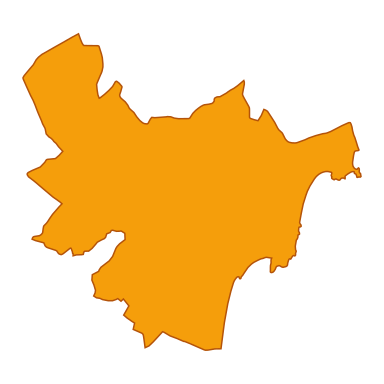 outline of Hoang Mai, Nghệ An, Vietnam
{"feature_id": "81297802B46675680885513", "entity_name": "Hoang Mai", "entity_type": "district", "adm_level": 2, "iso_a3": "VNM", "parent_name": "Vietnam", "parent_adm1": "Nghệ An", "projection": "mercator", "projection_center": [105.717, 19.266], "detail": "fine", "context": "isolated", "style": "filled", "palette": "amber", "viewbox_px": 384, "rotation_deg": 0, "n_neighbors": 0, "source": "geoboundaries", "source_scale": "gbopen_adm2", "svg_char_len": 5922}
<svg xmlns="http://www.w3.org/2000/svg" viewBox="0 0 384 384"><path d="M359.0,150.0L357.7,146.7L356.5,142.7L354.8,137.4L353.8,135.2L352.6,130.8L352.0,127.1L351.1,124.2L350.3,122.7L349.9,122.6L349.0,122.6L347.9,123.0L342.1,125.6L330.7,131.5L327.2,132.9L325.7,133.3L322.8,133.7L315.8,135.6L308.8,138.0L305.0,139.8L297.5,142.5L296.5,142.8L294.9,143.0L293.4,142.9L292.2,142.9L289.3,142.3L288.0,141.7L286.7,140.6L285.2,138.8L282.6,133.6L281.9,132.6L281.3,132.1L278.8,129.8L277.7,128.2L274.7,122.4L271.5,117.4L267.5,111.3L266.6,110.7L266.0,110.3L264.9,109.8L263.9,109.4L261.3,115.5L258.7,119.6L258.0,120.7L254.2,119.7L250.6,118.5L249.9,118.0L249.6,117.6L249.5,116.7L249.5,109.7L249.4,108.0L248.8,106.5L244.5,98.8L243.2,96.3L242.6,94.9L242.5,93.8L244.3,84.3L244.3,82.0L243.8,80.5L237.6,85.7L233.8,88.4L230.4,90.2L229.5,90.9L228.2,91.7L226.4,93.1L220.0,96.7L217.1,96.9L216.2,97.3L215.2,97.8L214.6,98.3L214.4,98.8L214.2,99.6L214.2,100.9L214.0,101.5L213.5,102.0L213.0,102.7L212.1,103.4L208.9,104.2L204.3,104.8L203.0,105.3L202.1,105.8L200.8,106.5L198.3,108.3L195.6,110.5L192.8,113.4L190.5,117.0L190.0,117.9L189.2,118.4L188.4,118.6L178.6,118.7L174.3,118.1L170.8,116.8L167.2,116.6L166.7,116.8L160.3,117.3L154.7,117.7L152.1,117.4L151.7,117.4L150.3,119.2L148.1,123.3L147.5,123.8L146.5,123.9L144.3,123.6L142.6,122.8L139.8,120.5L136.7,116.8L133.9,112.5L131.4,110.3L130.0,109.0L129.2,108.1L127.8,105.2L125.3,101.9L121.5,98.6L120.7,97.8L119.9,96.5L119.7,95.7L119.7,94.6L120.7,91.7L122.0,87.0L121.8,86.3L119.1,83.1L116.7,81.3L116.2,81.3L115.4,81.7L112.6,86.5L108.7,90.6L104.5,94.4L100.3,97.7L99.2,98.2L97.9,94.8L97.1,89.8L96.6,84.4L97.2,82.7L100.4,75.1L101.5,72.7L102.1,70.9L102.9,67.0L102.9,63.9L102.3,57.6L101.4,53.9L100.1,49.8L99.0,46.3L98.6,46.0L98.2,45.8L97.5,45.7L87.6,45.6L83.9,45.5L83.1,44.8L82.0,43.0L80.5,39.4L78.5,33.8L72.5,37.0L61.5,43.3L55.6,46.6L41.9,54.4L38.7,57.0L38.0,57.7L37.5,58.3L36.3,59.6L33.3,64.8L29.6,69.1L24.2,75.6L23.1,77.5L23.0,77.8L23.1,78.6L23.3,79.2L26.4,86.2L30.6,95.5L33.1,100.3L35.0,104.8L37.3,110.9L38.6,114.1L41.5,120.8L42.6,123.8L45.0,128.3L45.3,129.3L45.5,130.4L46.2,133.9L48.9,136.9L50.7,138.0L52.6,139.7L53.9,141.5L56.1,143.4L58.6,146.8L62.8,151.3L59.2,155.3L55.5,158.5L55.3,158.6L47.2,159.4L46.5,159.8L46.1,160.2L44.8,162.3L40.3,167.0L32.1,170.5L28.6,172.3L28.0,172.7L27.5,173.3L27.2,173.8L27.2,174.4L27.3,174.9L27.6,175.3L28.5,176.8L33.5,180.6L36.2,182.8L39.9,186.0L52.8,196.9L60.0,202.0L62.0,203.8L59.2,206.7L54.7,211.9L52.6,214.3L49.8,218.3L47.7,221.6L46.4,223.3L44.4,225.3L43.7,226.1L43.6,226.4L43.2,228.4L42.7,232.4L42.3,233.3L41.7,234.0L40.9,234.8L40.4,235.1L39.4,235.7L34.3,236.5L33.5,236.8L33.0,237.2L32.5,238.0L32.1,239.2L35.5,240.6L43.8,242.8L45.1,245.8L46.2,246.9L46.8,247.3L48.0,247.8L55.8,250.4L56.7,250.9L58.5,253.5L59.2,254.0L60.9,254.6L61.3,254.6L61.7,254.5L63.2,253.7L69.8,248.5L70.4,248.1L71.1,248.3L72.4,251.8L72.6,253.3L73.1,253.7L73.1,255.8L76.3,254.9L81.6,254.7L83.3,254.4L83.8,252.1L84.8,251.2L88.7,251.1L92.1,248.4L95.9,244.0L97.3,242.2L101.5,239.9L104.4,238.6L105.6,237.3L106.7,233.8L109.1,232.9L110.1,232.5L111.3,230.5L112.7,230.2L113.9,230.6L116.5,231.3L119.5,231.2L121.0,231.0L122.1,231.5L122.9,232.1L123.4,232.4L124.7,233.2L124.9,234.1L124.9,235.4L125.1,239.6L119.6,243.8L117.1,246.5L115.9,248.4L112.6,256.5L111.7,257.6L109.2,260.9L100.9,267.3L99.3,269.7L98.6,271.4L92.3,274.7L91.9,280.1L94.0,285.2L94.9,288.3L95.5,290.2L95.1,292.9L93.7,296.0L96.5,297.8L99.8,298.3L102.6,299.6L108.1,300.7L112.6,300.7L116.1,299.5L117.8,298.6L121.0,301.2L123.4,299.0L128.9,305.9L123.7,315.1L127.2,318.1L132.7,321.9L134.6,323.0L133.2,329.4L141.9,333.2L143.1,334.4L143.5,336.1L143.9,338.6L145.1,347.7L149.0,345.9L153.2,341.9L162.6,331.7L163.9,332.2L170.1,335.9L176.5,338.3L183.7,341.4L184.8,341.5L189.0,343.2L204.1,349.8L205.4,350.2L207.9,350.1L215.0,348.9L221.0,348.8L223.3,330.8L224.4,322.5L227.8,303.6L230.9,291.1L233.4,282.9L234.0,281.4L235.0,279.6L236.3,277.9L237.1,277.1L237.7,276.8L238.3,276.7L238.9,276.9L239.2,277.6L239.5,278.3L239.8,278.7L240.5,278.7L240.9,278.3L241.1,277.3L241.5,276.6L242.7,275.3L243.9,273.4L247.9,267.5L251.4,264.1L253.9,262.3L257.8,260.3L260.8,258.9L263.1,258.4L265.0,257.6L266.4,257.3L271.7,258.1L271.1,259.6L271.0,261.0L271.1,262.3L271.0,263.4L270.5,265.3L270.4,267.1L270.4,270.3L270.3,271.4L270.5,272.2L271.2,272.6L272.8,272.3L274.1,271.1L275.3,269.2L276.1,267.1L276.8,266.3L279.0,265.6L280.0,265.9L281.6,266.9L283.0,267.3L284.3,267.0L285.9,266.6L286.9,266.0L287.5,265.0L287.7,263.2L288.2,261.3L288.9,259.4L289.5,258.9L290.1,258.8L290.7,259.1L291.0,258.7L291.8,257.3L292.5,256.3L293.1,255.7L293.9,255.5L294.6,255.9L295.2,255.7L295.6,255.0L295.5,253.6L295.8,252.6L296.2,251.1L295.6,249.9L295.4,247.9L295.3,246.1L296.3,240.2L297.1,239.1L297.6,238.1L297.9,237.0L297.9,235.7L298.1,234.9L299.1,234.5L299.5,234.1L299.5,233.4L299.3,232.4L298.6,231.3L298.6,230.0L298.8,227.8L299.2,227.1L300.4,226.9L301.1,226.4L301.1,225.6L300.9,224.8L300.0,223.7L299.6,222.5L301.3,213.2L303.2,204.0L305.9,195.4L307.4,191.2L310.0,185.9L314.4,178.9L316.3,176.5L318.8,174.3L321.4,172.8L323.5,172.0L325.8,171.5L327.9,171.5L330.7,172.1L331.5,172.4L331.8,173.0L331.7,173.8L331.2,175.2L331.3,175.9L331.8,176.6L331.7,177.4L331.8,178.4L333.1,179.3L334.1,179.8L334.6,179.5L335.2,179.1L336.2,179.0L337.9,179.9L339.0,180.2L339.7,180.1L340.3,179.5L340.9,178.6L341.6,178.2L343.0,178.0L343.8,178.1L344.4,178.6L345.0,178.8L345.2,178.2L345.1,177.2L345.0,176.5L345.4,175.8L347.6,174.1L350.5,172.3L352.0,171.7L353.2,171.6L354.1,171.7L354.3,172.2L354.3,172.9L354.5,173.5L355.6,173.9L356.1,174.5L356.8,176.6L357.0,177.3L357.6,177.4L358.7,177.0L360.3,177.1L361.0,176.5L360.8,175.2L360.5,173.5L359.7,172.9L359.2,171.7L359.3,170.4L359.3,169.3L359.1,168.4L358.5,167.9L357.8,168.4L357.3,169.1L356.5,169.3L355.2,168.9L354.0,167.8L353.0,166.1L352.6,164.1L352.6,162.0L353.6,155.3L354.1,153.0L354.4,152.0L355.1,151.1L356.3,150.8L358.2,150.6L359.0,150.0Z" fill="#f59e0b" stroke="#b45309" stroke-width="1.5"/></svg>